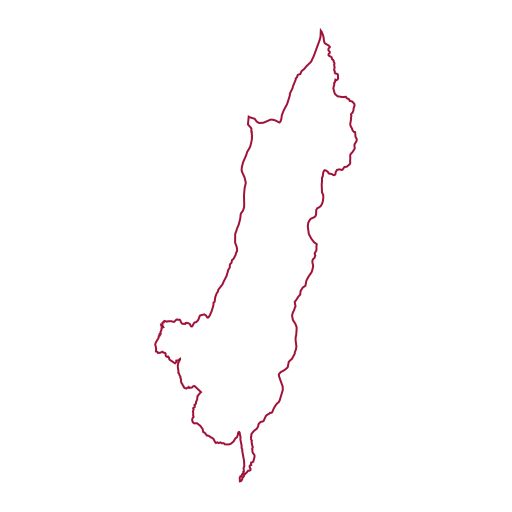 outline of Santa Barbara, Santander, Colombia
{"feature_id": "7082276B97300956542202", "entity_name": "Santa Barbara", "entity_type": "district", "adm_level": 2, "iso_a3": "COL", "parent_name": "Colombia", "parent_adm1": "Santander", "projection": "equal_earth", "projection_center": [-72.939, 6.992], "detail": "fine", "context": "isolated", "style": "outline", "palette": "rose", "viewbox_px": 512, "rotation_deg": 0, "n_neighbors": 0, "source": "geoboundaries", "source_scale": "gbopen_adm2", "svg_char_len": 6064}
<svg xmlns="http://www.w3.org/2000/svg" viewBox="0 0 512 512"><path d="M355.1,132.1L353.9,131.9L352.6,130.4L352.0,128.6L350.6,126.0L350.2,124.1L351.1,118.9L350.9,118.0L351.4,115.8L351.0,114.6L351.4,113.6L352.4,112.9L353.4,110.6L353.6,108.4L354.6,105.4L354.3,103.9L352.4,101.6L349.6,100.8L349.0,99.2L346.7,98.2L345.9,96.8L342.7,97.1L337.6,96.3L334.8,93.8L333.3,88.3L334.3,84.4L334.1,83.0L334.8,82.5L335.4,79.8L336.1,80.4L336.7,80.2L338.1,78.7L337.9,74.7L337.4,73.9L335.4,73.5L334.8,72.9L334.8,71.3L334.1,70.1L334.6,67.4L334.1,64.9L334.5,63.9L334.3,62.8L333.7,61.9L333.7,60.8L333.1,59.9L332.1,59.3L331.6,57.3L331.0,56.7L329.3,56.0L328.5,55.1L328.6,54.1L329.8,52.8L329.8,52.0L328.4,50.2L328.4,49.4L328.6,48.5L329.9,47.0L328.8,45.6L324.8,43.3L324.0,41.1L323.6,37.5L323.2,35.8L321.8,32.1L320.8,30.7L320.5,36.9L319.6,40.2L313.8,56.0L311.1,61.7L306.3,66.4L304.2,69.0L301.5,71.2L300.3,74.1L298.2,74.7L297.6,75.2L296.9,77.4L295.8,78.4L295.7,79.6L292.9,86.5L292.6,88.0L289.8,93.8L289.9,95.2L287.1,104.1L283.6,110.6L282.6,113.2L281.8,115.5L281.3,119.1L280.4,121.7L279.4,122.5L275.0,120.3L272.0,119.6L270.4,119.7L263.6,122.7L259.0,123.0L256.7,121.6L254.7,118.8L249.5,117.2L248.7,116.7L248.0,123.8L248.1,124.7L250.8,127.6L251.5,129.1L251.2,130.9L251.8,131.8L251.5,132.5L251.9,133.1L251.7,133.9L252.1,135.7L251.8,137.1L252.0,137.5L251.9,138.9L251.3,142.4L250.1,146.9L247.1,152.1L246.1,155.4L243.1,162.2L241.9,166.9L241.6,169.8L241.8,171.3L244.6,177.6L245.8,182.7L244.6,188.3L244.0,195.4L244.2,204.0L244.1,207.3L242.9,210.8L241.3,212.9L240.7,214.1L240.3,218.3L238.8,224.4L236.8,229.0L236.5,230.5L235.2,233.9L235.1,242.6L236.6,246.6L237.1,249.3L237.0,251.2L236.1,252.8L235.6,254.9L233.9,258.2L233.5,258.9L232.0,260.1L231.5,262.8L230.1,264.2L229.8,265.1L229.8,267.3L229.5,268.1L228.4,269.6L226.5,276.1L223.9,281.1L222.4,284.5L218.4,289.6L217.9,291.6L216.8,293.1L215.3,296.9L214.6,301.8L213.5,302.7L213.5,304.5L213.2,306.0L211.7,311.0L210.0,315.0L208.7,317.1L208.0,317.6L207.4,317.6L206.0,315.5L204.3,314.4L200.3,315.4L199.7,316.0L198.5,319.4L197.7,320.7L196.1,322.2L194.5,322.5L193.9,323.2L192.5,325.9L191.9,326.5L191.0,326.3L189.7,323.9L188.3,323.2L186.1,322.8L185.7,322.9L185.3,323.9L182.6,323.8L181.9,323.5L181.1,322.4L180.2,320.2L179.7,319.7L177.9,319.8L177.0,319.4L176.3,319.7L174.3,321.7L173.7,321.9L171.1,321.2L167.7,321.3L166.9,321.7L164.7,320.9L164.2,321.1L163.8,322.3L163.1,322.2L162.4,322.8L162.5,325.1L161.1,324.7L161.4,326.0L162.7,326.2L163.4,327.2L161.5,328.1L161.5,329.8L160.5,332.0L160.7,333.8L159.6,333.9L159.4,335.0L159.8,335.6L158.7,336.2L158.6,337.8L155.8,342.5L155.2,344.6L156.0,347.6L156.1,349.7L155.9,351.4L157.3,351.9L158.0,353.0L158.8,352.7L159.8,352.9L162.5,351.7L163.3,352.6L165.0,352.9L165.6,353.6L165.7,355.5L166.0,356.2L167.2,356.9L168.0,356.5L168.6,357.4L169.1,357.7L169.2,359.0L169.6,359.7L175.0,363.3L176.3,362.1L176.3,360.6L178.1,360.4L180.0,359.0L180.0,359.6L178.4,362.6L177.9,364.6L177.8,367.0L178.5,371.5L178.3,372.8L179.0,373.4L179.3,374.7L180.5,376.8L180.3,377.8L181.1,379.3L180.9,380.7L181.1,382.0L181.8,383.5L182.3,384.0L182.8,385.3L183.6,386.3L183.7,387.2L184.9,388.1L186.4,388.5L187.5,387.6L188.5,387.8L188.9,387.1L189.5,387.9L192.0,387.5L193.3,386.2L194.5,386.0L201.0,392.1L198.6,394.6L198.3,395.5L197.5,396.1L197.1,399.6L196.0,402.0L196.0,403.2L195.6,404.0L194.4,405.1L194.8,405.9L194.7,407.1L193.1,408.2L193.6,409.7L192.9,411.5L193.3,413.2L193.1,415.4L193.6,416.9L192.7,417.9L192.1,419.8L192.8,422.3L194.3,423.4L196.9,423.2L200.4,425.9L202.7,429.2L203.2,432.0L204.7,432.7L206.9,435.6L207.9,435.5L209.4,436.2L210.6,437.3L211.5,437.5L213.3,438.7L215.1,442.1L215.9,443.0L217.4,442.3L218.6,443.1L220.6,442.4L221.8,443.3L223.7,443.2L225.0,444.4L229.2,444.4L231.2,443.5L233.6,441.4L235.5,438.2L236.9,437.4L237.9,434.7L238.1,433.0L238.6,432.1L239.2,432.0L239.6,432.5L240.0,435.0L240.5,436.6L240.4,439.6L241.6,445.6L241.6,447.9L242.3,449.6L242.3,451.2L244.0,460.6L244.3,466.2L243.6,468.0L243.9,471.3L243.3,471.8L243.2,473.4L242.1,474.3L241.5,476.1L240.4,476.3L239.7,477.9L239.9,481.3L241.0,481.1L242.2,479.4L242.4,477.7L243.4,477.0L244.6,474.4L245.0,474.1L245.0,473.5L246.2,473.1L248.2,470.6L249.3,470.7L250.4,470.2L250.6,468.9L249.8,467.6L249.6,466.1L250.5,465.1L251.2,465.0L251.0,463.0L251.2,462.5L251.9,462.5L253.3,461.6L254.4,457.4L254.6,456.0L254.2,454.6L252.8,452.9L252.4,451.4L252.4,449.8L252.1,449.0L252.8,447.2L251.9,444.4L252.0,443.4L251.5,442.1L251.9,440.6L251.1,439.6L251.0,437.6L251.0,436.6L251.4,436.0L251.3,434.6L251.6,433.8L253.8,431.0L256.8,428.7L258.1,426.5L258.6,424.0L260.6,421.9L262.7,421.5L263.7,420.8L265.7,416.3L266.8,415.0L269.1,413.8L269.9,412.9L271.5,412.8L272.2,412.2L273.7,408.6L275.3,405.8L276.9,403.6L278.5,402.4L279.6,400.6L282.8,390.0L282.7,386.6L279.3,377.1L278.9,375.5L278.9,374.2L280.6,372.2L284.6,370.0L287.4,367.6L287.8,366.9L288.7,362.1L289.7,360.8L291.9,358.9L294.7,353.8L294.8,352.3L295.9,349.5L296.4,346.6L295.6,340.2L295.6,337.6L296.2,335.1L296.6,329.6L296.6,327.0L295.4,323.9L292.9,320.0L292.1,315.9L292.3,314.3L293.3,311.6L294.2,310.0L294.7,308.0L295.5,306.4L294.7,301.9L296.2,300.0L298.4,296.6L300.3,294.4L300.3,293.0L300.7,290.8L302.8,287.5L305.4,285.8L306.4,280.6L308.3,277.0L311.5,272.3L312.3,270.1L313.2,266.1L312.4,262.4L312.4,260.7L313.1,259.1L314.4,258.0L315.3,255.6L314.7,253.8L314.9,252.8L316.3,250.7L316.5,248.5L316.4,246.3L316.8,244.4L316.4,243.8L314.1,242.3L311.4,238.8L308.8,233.9L307.8,226.4L308.2,222.9L309.5,220.4L310.7,218.8L314.3,217.2L315.6,215.9L316.1,214.2L316.2,210.1L317.2,208.3L319.4,207.2L320.9,205.8L322.1,203.7L322.9,201.0L323.3,197.8L323.2,194.9L322.0,192.4L321.7,184.4L322.0,181.2L322.0,177.6L322.7,176.6L323.2,172.8L323.8,171.1L324.6,170.2L326.3,170.7L327.8,171.8L328.7,173.4L331.8,174.1L333.3,175.0L334.3,175.2L335.3,174.5L335.7,172.1L337.0,169.9L338.9,169.4L340.3,169.5L341.5,170.0L342.6,169.6L344.4,167.0L346.8,166.7L349.9,164.0L350.3,162.5L350.1,161.3L350.3,158.5L350.2,155.2L350.7,154.0L352.4,152.2L354.3,149.3L354.7,148.4L354.4,144.9L354.9,143.6L356.2,141.7L356.6,140.6L356.8,139.2L355.5,136.8L355.1,132.1Z" fill="none" stroke="#9f1239" stroke-width="2"/></svg>